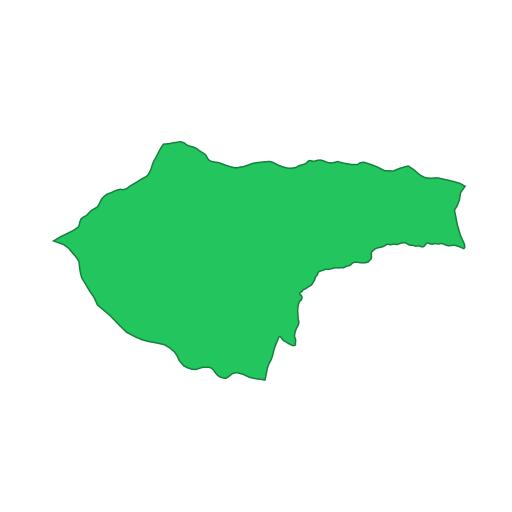 outline of Drugyelgang, Daga, Bhutan, rotated 105°
{"feature_id": "84629894B98684691838312", "entity_name": "Drugyelgang", "entity_type": "district", "adm_level": 2, "iso_a3": "BTN", "parent_name": "Bhutan", "parent_adm1": "Daga", "projection": "mercator", "projection_center": [90.024, 26.986], "detail": "fine", "context": "isolated", "style": "filled", "palette": "green", "viewbox_px": 512, "rotation_deg": 105, "n_neighbors": 0, "source": "geoboundaries", "source_scale": "gbopen_adm2", "svg_char_len": 4252}
<svg xmlns="http://www.w3.org/2000/svg" viewBox="0 0 512 512"><g transform="rotate(105 256 256)"><path d="M376.3,303.5L377.1,302.8L380.8,297.4L381.7,293.5L382.0,288.3L381.0,284.4L377.4,278.9L375.7,272.7L375.7,270.9L376.7,268.0L379.0,265.5L381.0,262.5L382.2,259.7L382.3,256.2L382.1,253.6L379.9,251.5L375.7,248.3L373.7,244.9L373.6,241.7L373.6,237.6L374.8,231.7L374.8,227.8L374.5,224.0L373.8,218.7L373.6,215.3L368.3,215.5L362.9,215.9L361.5,216.0L356.8,215.6L352.0,214.5L347.5,214.2L342.5,214.4L339.3,214.2L337.5,214.1L331.3,213.3L328.2,212.9L327.6,211.7L328.5,210.3L329.7,208.8L330.6,207.5L331.1,205.3L331.7,203.3L332.1,202.3L332.4,200.7L332.9,198.3L332.9,196.8L332.6,195.8L331.6,194.9L329.6,195.4L327.8,195.7L326.5,196.1L325.6,196.7L324.6,197.5L323.5,198.0L322.3,198.3L319.8,198.5L317.0,198.4L315.0,198.1L312.8,197.5L311.6,197.3L309.7,197.3L307.9,197.8L305.7,199.1L303.8,199.6L298.4,201.5L296.1,202.0L293.3,202.4L291.1,202.5L289.0,202.3L288.0,201.8L286.8,200.9L285.3,200.7L283.3,201.1L282.1,202.3L281.9,203.5L280.6,204.2L279.5,203.5L278.3,202.4L276.8,201.9L276.0,201.3L275.1,199.9L272.5,197.7L271.6,196.9L270.2,195.4L269.3,194.8L268.0,194.3L266.8,194.1L264.6,193.3L263.4,193.2L261.0,193.1L258.3,191.9L255.9,191.7L254.8,191.2L253.6,189.5L253.0,188.5L251.9,186.7L251.1,185.9L250.6,184.9L250.3,182.9L249.8,181.7L247.6,177.7L246.6,175.9L246.4,173.7L245.3,171.2L244.9,168.8L243.6,167.0L242.6,166.2L241.4,164.0L240.5,162.6L238.4,161.3L237.5,160.6L236.5,159.1L236.2,158.0L235.8,156.2L235.5,153.6L235.0,151.1L233.8,147.6L232.6,146.0L230.9,145.1L229.1,144.1L227.5,144.1L223.5,145.3L222.2,145.3L220.6,144.5L219.2,143.5L217.8,142.2L216.4,140.2L214.8,136.9L214.2,135.9L212.7,134.1L210.7,132.6L210.3,128.8L209.2,126.9L208.7,125.1L208.4,122.6L207.3,121.2L205.8,118.7L205.0,116.9L204.7,115.7L204.7,114.0L205.6,111.5L205.7,109.7L205.3,108.3L205.1,107.2L205.1,105.9L205.3,104.6L204.2,102.0L204.2,100.1L204.2,97.8L203.5,96.4L200.5,95.0L199.4,94.4L198.9,93.5L199.2,90.5L199.0,89.0L198.4,87.5L197.6,86.4L197.3,83.3L196.9,82.1L196.1,80.8L195.8,78.8L196.2,76.0L196.4,74.5L196.3,72.7L195.3,70.0L194.5,68.0L194.2,66.6L194.3,63.3L194.4,62.0L195.1,57.2L193.7,56.6L191.8,57.2L190.6,57.8L182.8,64.1L173.4,69.8L160.2,76.2L156.2,74.8L149.3,74.0L142.1,74.8L134.5,72.1L133.1,77.7L132.9,83.7L133.2,93.7L133.5,100.8L135.4,106.5L136.3,110.0L136.5,113.4L135.2,119.1L132.2,125.0L131.2,127.6L130.7,129.3L129.7,131.9L130.3,133.5L134.5,140.4L138.5,145.6L139.5,150.3L140.3,153.9L139.3,158.4L138.6,161.9L138.0,167.3L137.7,171.8L137.5,176.0L139.1,179.7L141.5,181.7L142.9,187.5L143.3,191.7L143.6,195.0L143.7,199.6L143.6,201.2L144.0,202.4L144.9,203.6L146.6,207.3L147.1,209.7L147.0,212.5L146.6,215.4L146.6,218.3L147.4,220.9L149.0,223.6L149.7,225.0L149.7,227.5L150.1,229.3L151.0,230.3L153.3,231.4L154.7,233.0L156.1,235.3L157.6,237.8L159.5,239.5L160.5,240.9L161.8,244.0L162.7,246.9L163.0,249.2L162.9,254.5L162.4,258.5L161.4,262.6L161.1,265.2L161.2,267.6L162.1,270.1L163.2,273.0L165.3,278.6L167.1,282.7L170.1,287.0L173.0,291.3L174.0,293.9L175.6,296.9L176.3,299.4L176.4,302.7L176.2,307.9L175.9,311.4L175.6,314.4L175.5,317.1L176.0,320.0L176.1,322.8L176.2,324.1L175.5,326.3L174.6,327.6L172.8,329.4L171.5,330.7L170.8,332.2L170.1,334.0L169.0,337.9L167.9,340.2L167.3,342.5L167.0,344.8L167.0,347.8L167.0,350.0L166.3,352.5L165.3,354.7L165.3,356.5L165.1,358.2L166.3,361.1L167.9,364.9L169.6,368.1L170.7,370.9L171.9,374.3L175.5,375.6L179.6,376.7L185.1,377.8L191.0,379.3L192.6,379.5L195.3,379.8L199.3,379.9L202.4,380.4L206.1,381.5L208.4,383.3L211.0,386.2L215.2,390.1L217.4,392.2L220.7,395.5L224.4,398.4L225.2,399.5L226.0,400.7L226.6,402.6L226.6,404.2L227.2,405.4L229.0,408.3L232.7,412.8L234.8,415.9L237.7,418.1L239.1,418.9L241.3,420.0L247.2,421.1L249.8,422.0L252.3,424.5L254.6,426.8L257.2,428.3L260.8,430.3L263.1,432.8L265.2,434.5L268.8,435.0L272.1,434.7L274.2,435.3L277.7,438.2L280.0,440.6L283.4,444.5L288.1,449.9L293.8,455.4L294.8,444.5L297.1,438.8L300.0,434.8L303.7,429.3L307.4,425.4L312.4,423.6L318.2,421.0L322.1,418.7L327.6,413.0L332.9,407.6L338.2,401.4L344.3,396.6L345.9,393.0L351.2,381.8L357.2,371.8L363.2,361.3L365.5,350.8L366.4,344.1L366.4,338.2L365.7,329.1L365.6,327.0L365.4,321.3L367.3,314.9L368.0,313.6L369.6,310.2L372.5,306.7L376.3,303.5Z" fill="#22c55e" stroke="#15803d" stroke-width="1.5"/></g></svg>